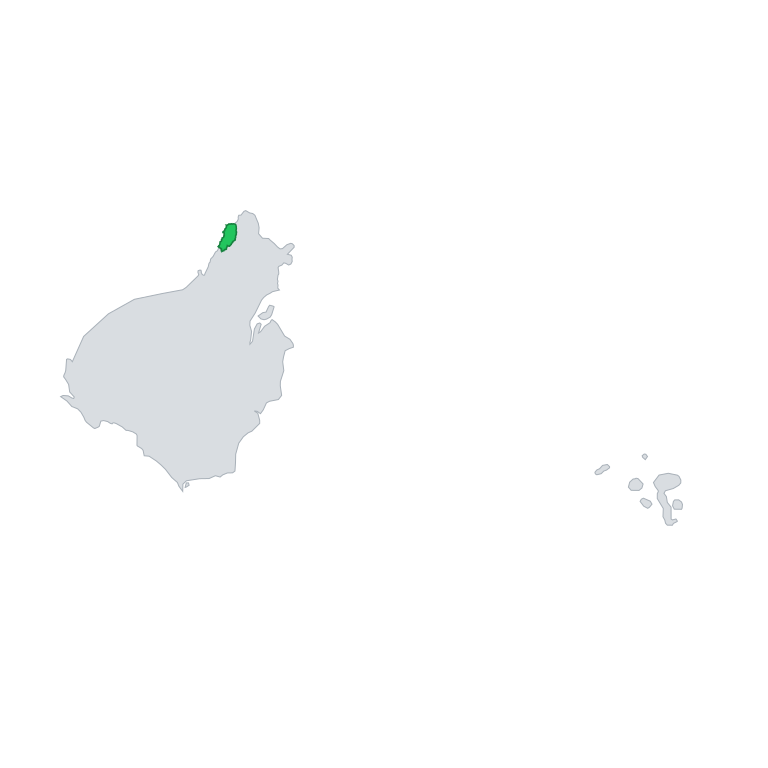 location of Nangaritza, Zamora Chinchipe, Ecuador, rotated 191°
{"feature_id": "8360857B36504899110850", "entity_name": "Nangaritza", "entity_type": "district", "adm_level": 2, "iso_a3": "ECU", "parent_name": "Ecuador", "parent_adm1": "Zamora Chinchipe", "projection": "natural_earth1", "projection_center": [-78.749, -4.316], "detail": "fine", "context": "in_parent", "style": "filled", "palette": "green", "viewbox_px": 768, "rotation_deg": 191, "n_neighbors": 0, "source": "geoboundaries", "source_scale": "gbopen_adm2", "svg_char_len": 7734}
<svg xmlns="http://www.w3.org/2000/svg" viewBox="0 0 768 768"><g transform="rotate(191 384 384)"><path d="M699.0,309.9L696.8,311.5L691.6,312.1L687.4,310.6L685.8,310.6L685.6,312.2L691.0,316.2L693.5,323.4L697.4,327.7L699.8,329.9L699.9,331.5L699.2,334.3L699.0,336.7L700.3,347.6L699.4,348.3L696.5,348.3L694.2,346.4L687.9,373.4L667.9,400.3L645.2,419.5L618.9,430.5L599.6,438.1L596.6,441.1L587.2,454.6L586.7,455.9L588.0,458.2L588.1,459.7L586.7,460.6L585.5,460.8L585.0,460.1L584.6,458.4L583.3,456.8L581.8,456.3L580.9,456.7L580.8,458.2L578.9,465.5L578.8,469.1L578.0,470.5L578.0,473.6L576.1,476.6L574.6,481.4L573.0,483.0L571.0,490.6L568.0,498.1L567.8,500.7L568.7,502.6L569.1,504.0L567.8,508.7L561.0,513.3L559.2,515.5L558.5,518.0L559.0,520.1L558.8,521.9L556.6,522.5L554.4,526.8L552.8,527.8L548.5,526.3L545.4,526.3L542.9,525.0L538.1,517.8L536.4,513.5L535.8,507.6L531.1,503.9L525.0,504.8L523.1,503.5L518.6,501.0L514.7,498.2L511.8,496.8L509.5,497.5L505.9,502.2L502.4,504.3L500.8,504.2L498.7,502.8L498.3,501.1L503.6,492.9L499.7,492.7L498.3,491.0L498.1,488.9L497.5,486.7L498.3,484.0L500.3,482.6L503.4,483.7L505.5,483.8L506.9,481.3L509.7,479.4L510.2,478.1L508.8,474.1L508.3,471.9L508.8,470.7L508.6,466.3L507.7,464.7L507.7,462.3L506.9,460.9L506.6,457.9L504.6,456.3L511.0,453.4L513.3,451.2L516.1,449.1L518.6,446.0L520.2,443.0L524.0,429.0L527.5,420.2L526.9,416.0L524.0,410.3L523.3,401.8L523.6,399.3L523.2,397.4L521.2,400.9L521.7,413.3L520.0,418.8L517.6,420.2L516.0,419.2L516.9,410.1L515.1,411.8L512.2,417.9L507.5,422.5L507.3,424.0L506.2,425.9L502.5,424.2L499.8,422.3L490.7,412.1L484.8,409.9L481.2,406.4L480.4,404.9L480.0,402.8L483.7,400.7L487.4,397.8L487.8,391.4L487.7,386.5L484.9,378.0L486.2,366.8L485.5,362.5L482.3,353.3L484.7,348.6L493.1,345.2L495.8,343.0L497.6,335.6L499.6,331.3L503.3,333.0L506.2,332.8L502.3,331.2L499.1,324.6L498.5,321.6L504.7,312.5L508.0,310.2L512.0,305.4L515.3,298.2L516.2,286.8L514.8,278.7L513.7,270.1L515.7,267.9L520.8,266.8L525.0,264.0L527.1,261.4L532.0,261.8L537.7,257.8L546.8,255.9L559.5,251.3L562.3,247.3L561.1,240.2L565.8,244.5L568.0,247.9L574.5,251.7L582.2,258.5L587.3,261.9L592.8,265.0L600.8,268.3L605.7,267.8L607.8,272.9L609.6,274.4L614.2,276.1L614.8,276.7L616.5,286.2L617.5,287.6L621.5,289.1L626.4,289.6L628.4,289.3L632.7,291.9L639.4,294.1L641.8,294.4L642.9,293.9L643.3,293.0L645.2,293.2L648.1,294.4L652.3,294.6L654.9,293.5L655.4,288.2L656.4,287.1L659.4,285.1L660.9,285.5L668.7,289.7L670.4,291.2L672.3,294.1L676.0,298.4L680.0,301.2L686.1,302.3L692.0,306.8L699.0,309.9ZM82.4,304.0L84.8,306.9L86.1,315.1L93.9,323.7L94.8,328.6L94.2,330.8L94.5,331.7L98.2,335.1L100.7,338.7L96.6,347.1L87.9,350.6L78.6,350.5L76.8,349.6L74.3,346.4L73.8,343.5L75.3,340.8L80.1,336.6L87.4,332.9L88.3,330.1L85.3,327.3L83.3,321.8L78.7,317.9L76.4,306.2L74.9,305.6L71.7,307.2L70.2,305.8L69.9,305.0L73.3,302.4L74.0,300.4L79.0,299.5L81.1,301.1L82.4,304.0ZM118.6,339.6L116.6,339.6L110.6,335.3L111.0,331.1L113.4,328.2L121.1,326.8L124.4,329.4L124.1,334.5L121.4,338.2L119.3,338.9L118.6,339.6ZM512.1,437.8L511.3,439.5L507.7,439.3L506.6,438.8L507.5,430.6L508.5,428.0L511.5,425.4L514.0,424.2L517.2,424.4L520.6,426.7L516.6,430.9L513.5,432.1L512.1,437.8ZM76.5,325.7L72.6,326.5L69.4,324.9L68.0,322.6L67.7,319.0L68.0,317.8L75.2,316.5L77.5,319.5L77.5,323.9L76.5,325.7ZM153.9,345.8L149.4,347.6L146.8,345.9L146.6,344.8L149.1,342.0L151.6,340.5L153.7,337.4L157.8,335.5L159.0,335.9L159.7,336.6L160.1,337.6L158.7,340.2L156.2,342.0L153.9,345.8ZM109.4,320.0L107.6,321.4L100.3,319.8L98.0,317.2L99.9,313.7L101.4,312.3L105.7,313.6L110.2,317.6L109.4,320.0ZM115.2,364.9L113.6,365.0L111.5,363.1L113.1,359.6L116.1,361.4L116.9,362.8L115.2,364.9ZM559.2,249.2L557.0,249.6L556.0,247.4L558.6,245.0L559.5,244.5L559.2,249.2Z" fill="#d9dde1" stroke="#a8b0b8" stroke-width="1"/><path d="M564.5,486.4L564.5,486.5L564.4,486.6L564.5,486.8L564.5,487.3L564.6,487.6L564.5,488.1L564.4,488.2L564.2,488.5L564.2,488.8L564.2,489.0L564.3,489.1L564.3,489.3L564.2,489.5L564.2,489.9L563.9,489.7L563.4,489.7L563.3,489.8L563.2,489.8L562.9,489.8L562.7,489.7L562.4,489.7L562.1,489.7L561.9,489.8L561.8,490.0L561.8,490.3L561.6,490.4L561.5,490.5L561.4,490.8L561.0,491.2L561.0,491.4L560.8,491.8L560.6,491.9L560.6,492.0L560.5,492.4L560.6,492.7L560.5,493.1L560.0,493.5L559.8,493.7L559.7,493.8L559.5,494.0L559.6,494.3L559.7,494.5L559.8,494.7L559.7,495.0L559.0,495.5L558.6,496.0L558.4,496.2L558.1,496.3L557.9,496.5L557.6,496.8L557.5,497.2L557.5,497.4L557.7,497.6L557.8,497.6L558.0,497.7L558.0,498.0L557.9,498.1L557.9,498.3L557.8,498.7L557.6,499.0L557.6,499.3L557.6,499.5L557.6,499.8L557.7,500.0L557.8,500.2L557.8,500.4L557.8,500.6L557.9,500.8L558.0,500.9L558.0,501.1L557.9,501.2L557.9,501.4L557.9,501.6L557.7,501.7L557.6,502.0L557.6,502.3L557.7,502.5L557.5,502.8L557.5,503.0L557.7,503.3L557.8,503.5L557.7,503.8L557.7,504.0L557.6,504.4L557.8,504.6L557.9,504.8L558.0,504.8L558.0,505.0L557.9,505.3L558.0,505.4L558.1,505.6L558.1,505.8L558.4,506.0L558.5,506.3L558.6,506.6L558.6,507.0L558.5,507.3L558.6,507.6L558.5,508.0L558.6,508.5L558.7,508.8L558.8,508.9L558.9,509.0L558.9,509.3L558.9,509.6L559.0,509.9L559.0,510.2L559.1,510.3L559.3,510.6L559.4,510.9L559.5,511.0L559.5,511.4L559.8,511.9L560.0,512.1L560.4,512.4L562.6,512.5L562.6,512.4L562.8,512.2L563.0,512.2L563.3,512.0L563.5,512.1L563.9,512.1L564.0,512.1L564.3,512.2L564.5,512.2L564.6,511.9L564.7,511.7L564.8,511.6L565.0,511.6L565.4,511.8L565.7,511.7L565.9,511.5L566.0,511.5L566.3,511.5L566.5,511.6L566.9,511.5L567.0,511.4L567.1,511.1L567.4,510.8L567.7,510.5L567.9,510.4L568.0,510.1L568.3,510.1L568.5,510.1L568.7,509.9L568.7,509.7L569.0,509.7L568.8,509.5L568.8,509.4L568.7,509.2L568.7,508.9L568.9,508.8L568.9,508.7L568.8,508.4L568.8,508.2L568.8,507.8L568.7,507.7L568.7,507.2L568.8,507.1L569.0,506.9L569.1,506.7L569.3,506.3L569.4,506.2L569.5,506.1L569.7,505.9L569.6,505.7L569.7,505.4L569.6,505.2L569.7,504.9L569.8,504.8L569.8,504.6L569.7,504.3L569.8,504.3L569.9,504.2L570.0,504.1L570.1,503.8L570.2,503.7L570.2,503.4L570.3,503.1L570.5,503.1L571.0,502.9L571.1,502.7L571.1,502.2L571.0,501.9L570.9,501.9L570.8,502.0L570.7,502.1L570.4,502.1L570.2,502.2L569.9,502.1L569.8,501.9L569.7,501.8L569.5,501.5L569.5,501.4L569.6,501.2L569.6,500.8L569.6,500.6L569.5,500.3L569.5,500.1L569.4,500.0L569.3,499.8L569.2,499.8L569.1,499.7L569.1,499.4L569.3,499.3L569.4,499.2L569.2,498.8L569.2,498.7L569.3,498.6L569.5,498.5L569.5,498.4L569.3,498.1L569.3,497.9L569.4,497.6L569.5,497.5L569.6,497.3L569.6,497.2L569.8,497.0L570.1,496.9L570.3,496.7L570.6,496.5L570.5,496.4L570.6,496.2L570.6,495.9L570.7,495.7L570.7,495.4L570.8,495.4L570.9,495.2L571.0,495.1L571.1,494.9L570.9,494.3L570.8,494.2L570.8,493.7L570.8,493.4L570.9,493.2L571.2,492.9L571.3,492.9L571.5,492.7L571.8,492.5L572.0,492.4L572.0,491.7L571.9,491.6L572.0,490.8L571.8,490.3L571.8,490.1L571.8,489.9L571.8,489.7L572.0,489.1L572.2,488.6L572.3,488.2L572.6,488.1L572.6,487.7L572.8,487.5L573.1,487.2L573.3,486.9L573.4,486.7L573.3,486.8L573.2,486.9L573.0,487.0L572.9,487.1L572.5,487.1L572.4,487.0L572.3,486.9L572.2,487.0L572.2,486.8L572.1,486.7L571.9,486.6L571.5,486.4L571.3,486.3L571.1,486.3L570.9,486.3L570.7,486.3L570.5,486.2L570.4,486.2L570.2,485.8L570.2,485.7L569.9,485.6L569.8,485.4L569.7,485.3L569.5,485.5L569.4,485.3L569.2,485.3L569.2,485.2L569.3,485.0L569.3,484.9L569.2,484.8L569.1,484.7L569.2,484.4L569.2,484.0L569.0,483.9L568.9,483.9L568.9,483.6L568.7,483.6L568.7,483.4L568.8,483.3L568.8,483.1L568.9,482.9L568.7,483.1L568.5,483.4L568.4,483.4L568.3,483.5L568.2,483.5L568.2,483.4L568.1,483.5L567.8,483.6L567.6,483.8L567.4,483.9L567.2,484.1L566.9,484.2L566.8,484.4L566.6,484.4L566.6,484.5L566.5,484.8L566.4,485.0L566.2,485.2L566.1,485.4L566.1,485.6L565.8,485.7L565.6,485.7L565.4,485.7L565.2,485.7L565.2,485.8L565.1,486.0L564.9,486.2L564.7,486.2L564.6,486.4L564.5,486.4Z" fill="#22c55e" stroke="#15803d" stroke-width="1.5"/></g></svg>